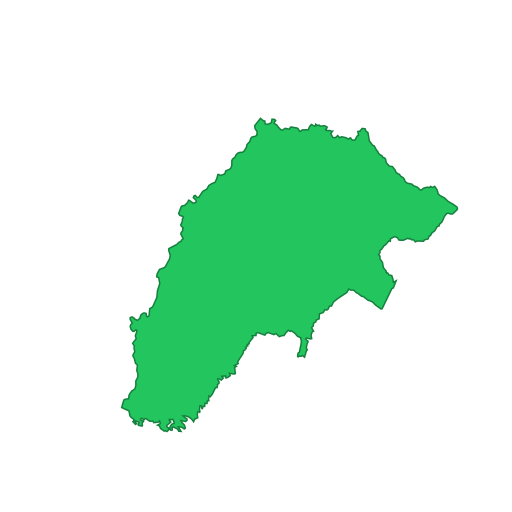 outline of Puyango, Loja, Ecuador, rotated 327°
{"feature_id": "8360857B44801921966022", "entity_name": "Puyango", "entity_type": "district", "adm_level": 2, "iso_a3": "ECU", "parent_name": "Ecuador", "parent_adm1": "Loja", "projection": "robinson", "projection_center": [-80.087, -3.964], "detail": "fine", "context": "isolated", "style": "filled", "palette": "green", "viewbox_px": 512, "rotation_deg": 327, "n_neighbors": 0, "source": "geoboundaries", "source_scale": "gbopen_adm2", "svg_char_len": 6091}
<svg xmlns="http://www.w3.org/2000/svg" viewBox="0 0 512 512"><g transform="rotate(327 256 256)"><path d="M360.0,353.1L356.9,352.8L358.3,349.9L359.2,346.3L357.2,344.3L357.2,341.9L356.2,341.1L356.9,339.6L356.5,335.2L358.6,330.2L358.4,325.9L359.9,323.7L359.6,321.6L361.8,320.7L362.8,319.0L365.7,318.5L368.6,317.2L371.0,317.1L375.6,315.7L376.7,316.8L378.1,314.8L382.4,315.2L384.1,316.6L384.7,318.5L384.5,320.4L386.4,321.9L388.4,323.1L392.8,323.8L393.8,325.2L394.9,325.3L395.2,327.0L397.0,328.3L397.3,330.9L399.5,331.3L404.6,334.9L406.0,334.2L409.6,335.4L412.2,333.5L413.5,333.9L415.9,332.5L419.7,332.2L424.0,330.0L426.0,330.5L426.9,329.4L430.6,328.7L435.7,325.4L438.9,324.3L440.5,324.7L442.1,326.8L443.8,327.8L449.3,326.9L450.6,326.3L451.2,324.4L449.5,319.9L446.9,314.9L445.8,310.2L443.1,305.2L442.7,302.9L443.9,299.3L443.8,294.9L441.4,294.7L440.3,292.7L438.9,293.2L437.2,291.6L433.7,290.4L430.4,290.7L429.7,290.0L428.9,286.3L426.5,283.0L425.8,280.5L422.6,277.4L422.0,275.8L421.6,274.2L422.2,272.7L422.1,270.4L420.8,268.0L420.8,265.6L419.8,264.3L419.0,261.9L419.5,260.0L419.1,255.3L416.7,253.2L416.1,248.4L417.2,246.1L417.4,244.2L416.1,242.1L416.2,240.2L415.5,239.5L414.7,236.7L415.1,234.4L414.7,233.4L415.1,228.1L414.1,226.6L413.8,221.1L417.1,213.5L416.2,211.0L416.8,208.7L414.5,206.8L411.1,207.9L409.2,207.0L407.8,210.5L406.1,210.5L402.4,212.5L401.0,212.2L399.6,210.6L399.7,208.7L399.2,208.1L397.2,208.4L395.8,205.7L392.9,202.7L390.5,202.2L390.1,199.5L387.1,200.0L385.0,198.6L385.4,194.0L388.2,193.0L387.0,192.2L386.1,190.8L384.6,190.1L383.2,188.7L383.2,187.7L384.4,187.7L385.9,186.7L384.5,184.1L380.7,182.2L380.3,180.6L378.7,180.1L377.8,178.0L377.0,179.3L376.1,179.3L374.0,175.8L371.3,176.7L368.6,178.6L363.4,175.4L361.0,175.7L360.4,174.4L360.7,172.6L360.3,171.2L355.7,166.9L354.9,166.8L353.1,167.9L350.0,164.8L347.1,164.9L346.2,164.4L345.6,163.7L344.8,159.6L344.8,157.4L343.5,154.8L344.0,154.0L346.3,153.1L345.9,151.4L343.9,150.0L341.5,152.5L338.7,152.3L336.1,151.0L335.8,149.9L336.9,147.5L335.9,146.8L334.7,143.0L325.8,146.0L324.6,148.8L324.6,152.6L322.3,155.2L320.6,155.2L317.5,154.0L315.7,154.5L313.1,156.6L309.2,157.6L307.0,159.7L302.9,161.6L300.9,161.6L299.2,160.4L296.8,159.8L294.5,160.3L292.3,161.6L289.1,162.0L287.8,162.7L284.8,167.2L282.6,168.6L280.8,168.9L277.1,168.1L274.5,170.1L270.2,169.2L269.0,167.1L268.4,166.9L265.3,169.7L261.8,171.9L258.3,171.2L254.9,171.2L251.1,173.1L246.6,172.8L239.9,175.6L238.6,175.0L238.0,172.1L236.9,171.8L235.2,172.9L236.1,176.9L235.5,177.8L234.3,178.3L232.0,177.4L230.5,173.2L229.8,172.5L227.9,173.9L223.6,174.7L221.2,173.7L220.0,174.0L214.3,178.2L214.2,180.4L216.2,183.0L216.3,183.9L214.4,184.9L212.8,187.1L209.9,188.8L209.6,189.9L210.3,192.9L209.4,193.1L208.3,194.8L206.2,195.5L204.9,196.5L204.3,201.9L202.1,202.1L200.9,202.9L198.7,202.5L196.1,203.2L187.0,202.3L186.0,203.4L184.3,209.0L181.7,211.5L174.3,215.5L172.9,215.8L167.7,214.7L163.6,217.0L161.6,219.0L161.5,219.9L162.5,220.9L162.4,221.6L160.3,226.7L154.5,231.4L150.2,236.8L141.6,242.4L138.2,242.3L133.7,247.9L131.7,247.8L131.5,246.5L132.6,244.4L131.2,242.8L130.2,242.5L127.7,242.6L124.3,245.1L121.6,245.4L120.2,243.5L119.7,241.1L118.9,239.6L117.0,239.1L116.0,240.4L115.7,244.7L113.2,245.6L112.0,246.8L111.2,249.5L111.7,252.2L112.8,252.8L115.0,252.5L115.5,253.3L115.3,254.1L111.3,257.2L110.5,260.1L105.0,262.0L104.9,265.3L103.4,266.9L102.2,270.3L99.2,271.8L98.3,272.8L98.2,275.4L96.5,280.4L97.1,282.3L96.8,283.3L93.7,287.0L92.8,290.3L91.1,293.1L87.2,295.3L84.7,299.2L82.0,301.5L78.3,301.6L75.5,302.6L73.3,303.9L72.4,305.4L71.3,306.3L68.0,304.8L66.7,304.8L60.8,309.9L65.1,316.8L63.2,321.3L63.4,323.5L64.6,326.3L64.3,327.1L62.5,327.9L63.2,331.6L64.5,331.6L64.4,328.5L65.0,328.5L67.5,331.8L65.4,333.1L65.3,334.1L67.8,336.6L68.4,336.3L69.5,334.2L71.5,333.4L69.9,330.5L70.3,329.8L71.4,329.8L72.3,330.5L72.6,332.5L74.4,331.9L75.1,332.4L76.9,336.7L79.6,338.3L79.5,340.1L83.5,342.1L85.3,341.7L84.5,344.5L81.3,344.2L82.5,345.9L82.0,348.7L83.6,352.8L85.1,353.6L85.7,354.7L87.5,354.4L89.3,353.2L88.2,350.8L89.0,349.5L94.1,348.9L93.8,347.1L94.1,345.9L94.8,346.0L95.5,347.1L97.3,347.7L97.0,350.0L96.1,351.8L93.9,351.2L91.3,352.1L89.9,353.5L89.4,355.3L90.5,356.4L91.4,355.8L92.2,354.1L93.5,354.3L96.0,358.5L95.7,360.8L97.6,362.3L97.8,356.9L100.5,359.1L101.6,362.0L103.0,361.9L103.9,358.8L103.2,355.2L103.5,353.2L107.0,356.6L108.9,356.1L109.3,355.1L107.7,350.4L109.9,351.7L112.2,354.8L113.3,358.4L113.4,361.0L115.7,359.4L119.0,360.0L120.5,356.9L122.2,355.0L122.8,355.0L123.6,356.4L124.2,356.0L125.1,353.8L127.4,351.0L128.4,351.8L127.6,354.3L127.9,354.8L129.9,353.2L131.0,354.2L133.0,351.8L134.6,353.0L136.2,351.0L137.7,351.7L138.3,350.1L140.3,347.8L140.8,349.1L143.7,348.3L150.3,344.4L151.8,345.2L153.7,342.9L155.6,342.6L156.6,341.3L156.5,338.9L157.1,338.1L158.1,338.8L159.3,341.2L162.0,340.6L161.7,338.2L165.3,340.1L164.2,341.4L164.4,342.0L166.3,342.5L169.3,342.3L169.8,339.9L173.2,343.0L174.6,343.4L177.5,337.7L179.3,337.9L178.4,336.2L182.5,336.5L183.0,334.7L192.0,330.7L193.9,328.7L195.4,328.8L197.6,328.0L197.7,326.9L198.8,327.0L199.6,326.4L200.2,326.8L200.5,325.5L202.5,325.9L202.9,324.8L209.1,322.8L209.3,320.8L212.7,322.7L214.0,320.9L216.0,321.4L220.3,327.2L222.1,326.5L224.4,326.7L228.2,331.7L230.5,331.9L231.6,336.3L234.5,337.0L236.2,338.0L239.4,336.6L242.7,335.9L243.5,337.8L245.0,338.0L246.6,342.2L247.1,346.0L249.1,349.0L248.4,349.7L248.0,351.6L246.0,354.2L240.0,360.3L238.3,360.4L236.2,362.8L236.4,363.6L237.8,363.6L239.3,364.7L240.9,365.0L241.6,367.3L246.7,362.9L247.8,362.8L248.2,360.3L251.2,357.3L253.0,356.3L253.2,355.3L252.3,353.4L252.8,352.3L253.7,352.3L256.7,355.4L257.7,355.7L258.8,352.9L259.8,351.7L261.8,350.3L263.4,350.4L263.5,346.8L263.9,346.2L265.6,346.0L268.0,343.6L270.3,343.8L271.7,342.5L274.7,343.1L277.6,339.1L281.8,340.0L284.4,338.5L286.0,339.9L287.4,339.9L290.3,338.1L292.1,339.1L295.8,336.8L301.8,336.2L312.2,336.1L315.9,334.3L316.7,336.1L319.4,337.9L320.2,341.6L320.9,342.3L322.6,347.2L324.0,348.7L326.0,354.5L326.6,354.8L328.7,358.0L329.5,362.1L331.9,368.4L332.9,369.0L352.2,357.3L353.8,357.6L360.0,353.1Z" fill="#22c55e" stroke="#15803d" stroke-width="1.5"/></g></svg>